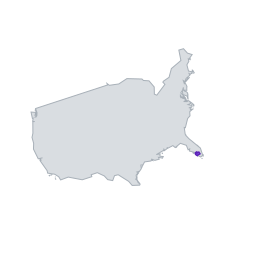 Collier, Florida, United States of America (highlighted), rotated 329°
{"feature_id": "52423323B17101546722120", "entity_name": "Collier", "entity_type": "district", "adm_level": 2, "iso_a3": "USA", "parent_name": "United States of America", "parent_adm1": "Florida", "projection": "orthographic", "projection_center": [-81.588, 26.16], "detail": "fine", "context": "in_parent", "style": "filled", "palette": "violet", "viewbox_px": 256, "rotation_deg": 329, "n_neighbors": 0, "source": "geoboundaries", "source_scale": "gbopen_adm2", "svg_char_len": 4077}
<svg xmlns="http://www.w3.org/2000/svg" viewBox="0 0 256 256"><g transform="rotate(329 128 128)"><path d="M195.8,99.4L208.1,97.4L211.7,87.4L216.4,88.6L217.5,94.4L220.8,98.1L216.4,100.0L216.3,101.1L215.3,99.8L214.5,102.2L211.0,104.2L209.2,110.3L211.7,112.7L213.1,112.2L212.6,111.1L213.1,111.6L213.3,112.9L209.3,114.1L208.4,112.8L208.2,114.6L203.4,115.4L200.0,118.0L200.2,116.6L199.8,115.8L199.1,119.1L200.2,119.6L200.0,122.3L197.8,126.0L195.0,124.0L196.4,121.7L194.7,123.3L195.6,125.7L196.8,127.1L197.1,128.7L194.2,134.6L195.0,130.9L192.3,127.6L193.8,123.9L191.3,125.1L192.5,130.4L190.0,128.9L189.2,129.1L189.9,127.4L189.8,126.9L189.0,128.2L189.0,129.3L192.8,131.3L192.0,132.3L190.3,130.5L189.7,130.2L191.8,132.3L192.7,132.7L192.3,134.1L191.1,133.1L193.0,135.1L192.5,135.4L191.6,134.4L189.3,134.0L192.2,135.8L194.0,135.7L196.1,140.6L194.3,136.8L194.9,139.3L191.5,138.9L194.0,141.2L195.2,140.5L193.8,142.8L190.5,142.1L192.5,143.2L190.9,144.4L192.9,145.2L189.3,145.8L187.4,149.5L184.0,150.6L177.3,157.3L176.5,156.5L173.9,162.6L173.7,164.1L174.8,168.8L179.7,182.5L178.0,189.9L175.4,190.3L172.9,186.4L172.4,183.1L168.8,179.4L170.1,177.7L168.3,177.7L169.1,172.9L165.0,168.1L158.4,169.1L157.4,166.2L151.0,165.8L151.9,164.7L150.7,165.8L147.8,166.1L147.9,164.0L147.3,165.5L138.6,165.4L142.2,166.7L140.8,168.6L143.5,170.6L142.0,171.6L139.0,168.8L138.7,170.8L134.4,169.6L132.3,166.9L130.7,168.1L124.7,165.6L120.8,168.0L121.8,167.3L119.9,166.4L118.5,169.7L114.5,171.5L115.4,170.9L113.0,170.3L113.7,171.5L110.7,172.6L109.1,176.2L107.9,175.5L108.8,176.6L108.6,180.1L109.5,182.3L108.6,183.0L102.0,179.4L101.1,174.1L95.5,163.0L91.9,161.9L87.8,165.2L84.0,161.8L83.0,156.9L78.7,150.5L72.4,149.1L71.9,151.1L62.1,148.8L51.5,139.3L43.5,137.8L43.5,134.1L41.4,129.9L35.9,125.3L36.7,122.9L35.8,110.6L36.4,109.6L36.8,111.3L37.1,108.9L39.4,109.5L35.2,108.2L36.1,97.4L39.2,92.6L40.9,86.6L43.8,83.5L49.7,73.5L51.4,74.5L49.7,73.2L51.8,70.7L51.0,70.5L53.1,64.4L56.9,67.1L54.4,69.7L57.0,68.1L55.5,70.6L54.1,70.8L54.8,71.2L56.2,70.5L57.9,68.0L58.8,63.7L132.6,80.6L132.9,79.0L134.0,81.8L142.8,85.5L152.5,85.1L165.2,93.2L165.7,95.2L170.3,98.4L171.6,106.3L168.0,112.6L169.6,114.7L182.1,109.6L181.5,106.6L182.6,106.1L189.3,105.7L195.8,99.4ZM205.0,116.6L207.0,116.2L199.8,118.5L205.7,115.8L205.0,116.6ZM57.8,66.2L57.5,68.0L57.3,68.3L57.2,66.8L57.8,66.2ZM109.5,181.7L108.9,178.6L109.2,176.9L109.1,178.7L109.5,181.7ZM216.9,100.1L217.0,101.0L216.6,100.9L216.9,100.1ZM132.3,167.8L132.4,168.6L131.7,167.9L132.3,167.8ZM37.4,128.8L38.2,128.7L38.3,128.8L37.4,128.8ZM36.7,128.3L36.2,128.6L36.1,128.1L36.7,128.3ZM211.2,114.0L210.7,114.7L211.2,114.0ZM109.9,175.3L109.2,176.6L110.9,174.1L109.9,175.3ZM178.3,178.0L179.2,180.7L178.1,177.7L178.3,178.0ZM40.4,132.2L40.5,133.0L40.4,132.3L40.4,132.2ZM178.4,190.3L177.6,191.1L179.0,189.3L178.4,190.3ZM196.4,142.2L195.6,143.3L196.2,140.8L196.4,142.2ZM57.9,64.7L57.7,65.2L57.6,64.9L57.9,64.7ZM113.7,172.1L112.3,172.5L113.8,171.9L113.7,172.1ZM213.2,114.1L213.2,114.8L212.6,114.7L213.2,114.1ZM39.8,134.2L39.7,135.1L39.6,134.2L39.8,134.2ZM111.9,173.0L111.3,173.3L111.8,172.8L111.9,173.0ZM196.8,129.8L196.0,131.2L196.9,129.2L196.8,129.8ZM120.3,168.5L119.3,169.0L120.7,168.2L120.3,168.5ZM174.1,163.3L173.9,164.5L173.8,163.7L174.1,163.3ZM193.2,145.3L193.0,145.6L193.8,144.7L193.2,145.3ZM160.8,168.9L159.6,169.5L159.2,169.3L160.8,168.9ZM147.4,165.9L147.2,166.1L146.6,166.0L147.4,165.9ZM171.2,183.2L171.3,184.0L171.0,183.1L171.2,183.2ZM144.5,167.3L144.3,168.0L144.3,166.7L144.5,167.3ZM175.9,192.2L175.3,192.3L176.2,192.0L175.9,192.2ZM199.9,122.8L199.5,123.5L199.9,122.5L199.9,122.8ZM195.0,143.6L194.6,143.8L195.0,143.6Z" fill="#d9dde1" stroke="#a8b0b8" stroke-width="1"/><path d="M173.5,183.9L173.5,184.4L173.1,184.4L173.1,184.8L172.7,184.8L172.4,184.8L172.4,185.2L172.4,185.4L172.5,185.5L172.5,185.9L172.7,186.3L172.7,186.5L172.8,186.6L172.9,186.8L173.0,187.0L173.1,186.8L173.3,186.8L173.6,187.0L173.9,187.2L174.4,187.2L176.4,187.2L176.4,186.4L176.3,185.5L176.3,185.1L174.7,185.1L174.7,183.9L174.1,183.9L173.9,183.9L173.5,183.9Z" fill="#8b5cf6" stroke="#5b21b6" stroke-width="1.5"/></g></svg>